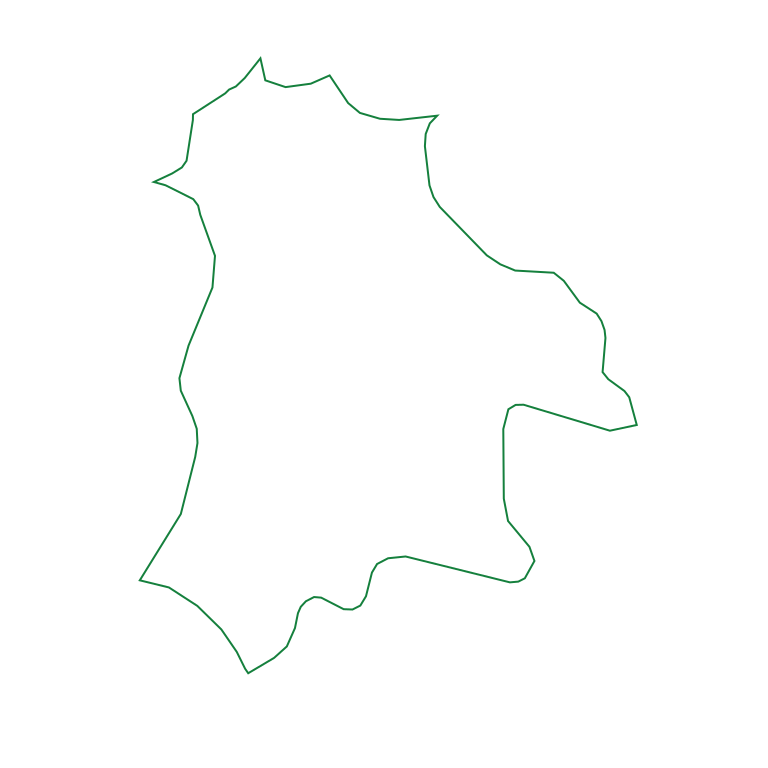 the Province of Crotene, rotated 188°
{"feature_id": "ITA-5392", "entity_name": "Crotene", "entity_type": "Province", "adm_level": 1, "iso_a3": "ITA", "parent_name": "Italy", "parent_adm1": "", "projection": "robinson", "projection_center": [16.94, 39.189], "detail": "fine", "context": "isolated", "style": "outline", "palette": "green", "viewbox_px": 768, "rotation_deg": 188, "n_neighbors": 0, "source": "natural_earth", "source_scale": "10m", "svg_char_len": 1253}
<svg xmlns="http://www.w3.org/2000/svg" viewBox="0 0 768 768"><g transform="rotate(188 384 384)"><path d="M478.2,78.7L481.9,82.7L492.5,98.2L510.9,118.3L538.0,138.3L568.7,152.6L598.5,155.6L567.1,227.0L560.8,285.5L560.5,299.6L563.2,313.6L569.3,325.6L584.3,349.1L587.4,361.3L582.9,394.8L567.3,455.7L569.2,487.4L589.5,526.0L592.9,534.8L598.6,540.5L628.0,550.4L640.0,552.0L623.1,563.0L614.3,570.3L610.6,577.6L610.0,618.8L610.7,624.6L581.7,649.7L578.4,654.0L572.1,658.0L564.5,667.6L551.7,689.3L543.8,668.2L522.8,664.3L498.3,671.2L480.8,682.0L458.6,657.2L445.6,649.1L424.9,646.1L405.7,647.6L368.7,657.1L374.9,648.5L377.5,637.4L376.6,625.2L366.6,587.0L361.0,576.0L353.4,567.1L300.1,525.7L285.5,518.7L269.9,514.6L231.4,517.8L220.3,511.2L201.4,491.8L183.2,483.3L177.4,476.5L173.1,468.2L171.1,460.4L169.2,426.2L162.5,419.9L144.9,410.5L139.3,405.0L128.0,378.6L153.8,369.2L242.9,382.9L250.8,381.6L257.3,376.3L259.6,356.0L249.4,287.1L242.1,265.6L217.3,243.0L210.4,229.7L217.5,211.2L223.5,207.0L231.7,205.1L338.6,216.2L355.7,212.0L365.8,204.8L369.7,195.6L372.3,171.3L376.6,161.3L383.8,156.3L392.6,155.4L416.5,163.7L423.6,163.3L431.1,158.0L435.4,151.8L437.3,145.1L438.2,129.9L443.7,110.6L454.7,97.5L478.2,78.7Z" fill="none" stroke="#15803d" stroke-width="2"/></g></svg>